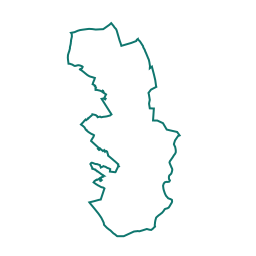 outline of Kumbotso, Kano, Nigeria, rotated 261°
{"feature_id": "59680162B97880726687240", "entity_name": "Kumbotso", "entity_type": "district", "adm_level": 2, "iso_a3": "NGA", "parent_name": "Nigeria", "parent_adm1": "Kano", "projection": "albers", "projection_center": [8.511, 11.918], "detail": "fine", "context": "isolated", "style": "outline", "palette": "teal", "viewbox_px": 256, "rotation_deg": 261, "n_neighbors": 0, "source": "geoboundaries", "source_scale": "gbopen_adm2", "svg_char_len": 5506}
<svg xmlns="http://www.w3.org/2000/svg" viewBox="0 0 256 256"><g transform="rotate(261 128 128)"><path d="M197.7,87.1L197.8,87.8L197.8,88.7L197.6,89.5L197.1,90.7L196.3,92.0L196.1,92.3L195.6,92.8L195.3,92.7L195.2,92.5L194.9,92.4L194.6,92.2L194.1,91.8L194.0,91.6L193.9,91.4L193.8,91.2L193.8,90.9L193.8,90.7L193.8,90.3L193.8,90.2L193.7,90.0L193.4,89.7L192.9,90.1L192.7,90.4L192.4,90.9L190.2,93.0L188.7,94.3L187.6,95.3L186.6,96.2L185.8,97.2L185.5,97.5L184.7,98.7L184.0,100.3L182.6,103.1L181.2,102.4L180.3,101.9L179.4,101.3L178.0,100.5L177.9,100.5L177.7,100.4L176.8,99.9L176.0,101.0L175.0,102.1L174.5,101.8L174.2,102.2L174.1,102.3L172.8,102.7L172.6,102.1L170.7,101.9L170.4,103.4L169.3,106.1L169.0,106.7L168.2,107.8L167.8,108.2L168.2,108.6L168.8,108.9L168.6,109.2L167.1,109.6L166.8,109.2L164.6,111.6L161.5,109.3L160.5,110.5L159.8,109.9L161.0,108.5L160.9,106.5L145.9,113.0L145.1,113.4L144.0,113.8L143.8,113.3L143.2,112.4L142.8,108.9L142.8,106.9L142.9,105.6L142.8,103.2L143.6,102.2L143.5,100.9L143.5,100.3L143.4,99.7L144.1,99.4L144.6,99.4L145.0,98.8L145.4,98.5L145.6,98.4L146.0,97.7L147.0,95.2L146.9,95.2L145.7,93.5L145.7,93.4L145.2,92.6L144.6,91.7L143.9,90.6L143.7,90.4L143.9,90.2L143.2,89.5L142.3,87.9L143.0,87.4L141.6,85.6L141.0,85.0L138.8,82.1L137.6,83.3L137.0,83.9L135.5,85.1L133.2,86.0L132.7,86.5L132.6,86.3L131.7,87.0L130.2,88.3L128.0,90.8L126.9,92.5L126.2,93.3L124.8,92.6L121.6,89.8L121.0,89.5L113.2,95.8L112.4,95.3L112.2,95.0L110.8,96.0L111.1,96.8L111.2,97.1L111.9,97.4L111.2,97.9L109.2,99.6L109.4,99.9L109.4,100.1L109.6,100.3L109.6,100.6L109.4,100.7L109.4,100.8L109.5,100.9L109.6,101.0L109.0,101.2L109.0,101.3L109.1,101.5L108.6,101.7L108.4,101.5L108.1,101.6L108.6,102.5L108.6,103.0L108.4,103.2L108.1,103.5L107.8,103.7L107.5,103.7L106.9,103.8L106.2,103.8L105.8,103.9L105.5,104.0L105.1,104.1L104.5,104.1L104.1,104.1L103.8,104.0L102.4,105.3L99.3,108.0L98.4,108.7L97.2,109.8L94.4,112.1L93.7,112.7L93.1,112.3L91.5,113.0L91.4,112.5L91.3,112.1L90.7,111.6L90.4,111.5L89.6,111.0L88.6,110.2L87.1,109.3L86.6,109.0L86.3,108.5L87.8,103.3L90.2,104.0L91.0,102.9L91.4,102.1L91.7,101.6L92.2,100.8L92.8,100.2L93.0,100.0L93.2,99.7L93.3,99.5L93.4,99.3L93.6,98.8L94.1,97.8L94.2,97.7L93.7,96.8L93.7,96.5L93.6,96.2L93.5,95.7L93.2,95.0L93.7,94.9L94.2,94.8L95.0,94.5L95.7,94.5L96.6,92.8L97.2,91.8L97.3,91.4L97.3,91.0L97.6,90.1L98.0,89.4L98.3,88.8L98.7,88.2L99.0,87.7L99.4,86.8L99.1,86.0L98.8,85.7L98.3,85.2L97.6,85.5L96.8,85.7L96.1,85.9L95.4,86.1L94.2,86.6L93.8,86.7L93.7,86.5L93.4,86.7L93.2,86.6L92.1,89.2L91.6,89.2L91.1,90.0L90.9,90.0L90.4,90.5L90.1,90.7L90.2,90.9L89.1,92.0L87.4,93.7L87.0,94.0L85.5,95.7L85.5,95.8L84.9,96.4L84.5,96.8L84.5,96.6L84.5,96.2L84.4,95.7L83.8,95.8L83.7,95.2L83.6,94.8L83.6,94.4L83.4,93.8L83.2,93.3L82.9,93.4L82.8,93.2L82.4,93.2L82.3,92.8L81.4,93.1L81.3,92.9L80.6,93.8L80.0,92.9L80.7,92.5L80.6,92.3L81.9,92.1L82.6,91.9L81.9,90.7L81.7,89.7L81.6,89.4L81.9,89.2L81.7,88.8L81.5,87.9L81.2,87.6L80.9,86.7L80.3,86.1L80.0,85.8L79.7,85.5L77.7,87.5L77.3,87.9L76.5,88.9L76.1,89.3L75.7,89.9L74.2,91.8L73.7,92.5L73.1,94.1L72.7,94.6L72.0,95.3L70.5,94.5L61.6,89.9L61.6,88.5L61.4,86.4L61.0,83.0L60.6,78.2L60.2,78.4L58.3,79.5L56.6,80.5L53.2,82.5L50.2,84.2L48.3,85.3L46.9,86.0L43.5,87.6L40.0,88.7L38.2,89.2L36.1,89.2L32.8,91.5L30.5,93.6L29.6,94.6L26.1,97.2L25.3,98.2L22.9,100.3L22.8,100.5L21.8,106.9L24.8,117.6L24.8,118.8L24.7,120.2L24.7,121.4L24.2,123.1L24.6,126.2L25.3,130.8L24.2,133.2L23.7,135.0L24.7,136.9L25.7,138.1L26.4,139.3L27.9,139.2L29.5,139.7L30.5,139.9L32.5,140.6L35.1,141.8L35.6,142.5L37.0,144.7L37.6,146.0L38.3,147.2L39.0,148.5L39.8,149.4L40.4,150.1L41.3,150.9L42.1,151.6L42.4,152.9L42.5,154.2L43.0,155.7L44.4,157.0L45.9,158.2L47.5,159.6L48.7,160.1L50.2,160.1L50.7,159.4L51.1,158.9L51.9,157.4L52.3,156.7L53.3,156.1L55.0,155.0L57.2,154.3L58.7,154.0L59.9,153.8L61.1,153.6L62.5,153.5L65.5,153.6L67.5,154.6L68.6,155.8L68.8,157.4L68.5,158.9L68.6,160.4L69.7,161.2L71.2,160.5L73.2,160.7L74.6,161.3L75.0,161.9L75.5,162.7L76.2,163.6L77.9,164.5L79.7,165.2L81.1,165.2L82.4,164.7L83.3,164.6L84.1,164.3L85.4,164.0L86.6,163.7L87.6,163.6L88.6,164.2L88.9,164.4L89.9,165.5L90.7,166.2L92.0,167.5L93.8,169.0L95.3,170.6L96.0,171.0L96.6,171.4L97.2,171.5L98.6,171.7L99.8,171.7L102.1,171.6L103.2,171.2L104.9,170.8L106.8,171.7L108.5,172.6L109.3,173.4L112.2,176.1L112.6,177.8L116.4,175.9L119.4,168.4L120.4,166.0L127.3,163.3L130.8,158.1L131.5,153.9L143.2,156.6L144.0,152.6L148.7,152.6L150.0,153.0L152.3,153.9L157.9,153.9L159.4,153.7L162.3,156.7L164.2,162.4L165.2,162.3L171.1,162.4L176.5,162.0L184.9,161.2L183.6,158.9L184.1,159.0L185.7,159.4L186.6,159.4L189.5,159.4L191.6,159.3L193.2,159.0L194.1,158.7L195.1,158.5L198.0,157.8L199.3,157.5L201.0,157.0L202.1,156.8L202.4,156.8L203.5,156.4L205.3,155.7L206.1,155.7L206.7,155.6L207.0,155.5L207.7,155.1L208.9,154.6L211.6,153.4L212.6,152.7L213.2,152.2L213.9,151.7L214.4,151.7L213.8,150.5L212.6,149.7L211.5,144.5L210.2,134.3L212.5,134.0L215.7,133.4L225.9,132.1L227.5,131.7L229.6,130.3L230.8,129.8L234.2,127.8L232.9,125.9L229.5,119.0L230.3,111.5L231.3,108.2L232.0,105.0L232.1,102.5L232.2,98.2L232.2,95.8L231.9,93.6L231.0,90.1L230.9,86.6L230.5,86.8L230.2,87.0L229.6,87.1L228.5,87.1L227.8,86.9L227.1,86.9L226.6,86.7L226.1,86.5L225.4,86.2L224.1,85.7L223.5,85.4L222.8,85.4L221.8,85.0L220.8,84.8L218.8,84.1L217.7,83.6L216.6,83.2L216.1,83.2L215.7,83.1L212.9,81.9L211.9,81.3L209.4,80.1L208.3,79.9L207.1,79.6L204.9,79.4L204.0,79.4L200.8,79.3L200.4,81.0L200.0,81.6L199.6,82.4L199.3,83.0L198.9,83.4L197.9,84.6L197.6,85.2L197.6,86.3L197.7,87.1Z" fill="none" stroke="#0f766e" stroke-width="2"/></g></svg>